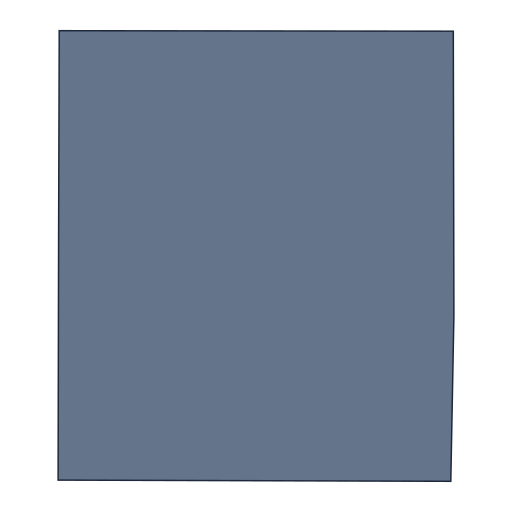 the district of Lincoln, Oklahoma, United States of America
{"feature_id": "52423323B68871518650503", "entity_name": "Lincoln", "entity_type": "district", "adm_level": 2, "iso_a3": "USA", "parent_name": "United States of America", "parent_adm1": "Oklahoma", "projection": "natural_earth1", "projection_center": [-96.891, 35.702], "detail": "fine", "context": "isolated", "style": "filled", "palette": "slate", "viewbox_px": 512, "rotation_deg": 0, "n_neighbors": 0, "source": "geoboundaries", "source_scale": "gbopen_adm2", "svg_char_len": 233}
<svg xmlns="http://www.w3.org/2000/svg" viewBox="0 0 512 512"><path d="M453.9,315.5L453.3,31.2L59.2,30.7L59.2,44.3L58.6,235.2L58.1,480.1L192.2,480.5L450.8,481.3L453.9,315.5Z" fill="#64748b" stroke="#1e293b" stroke-width="1.5"/></svg>